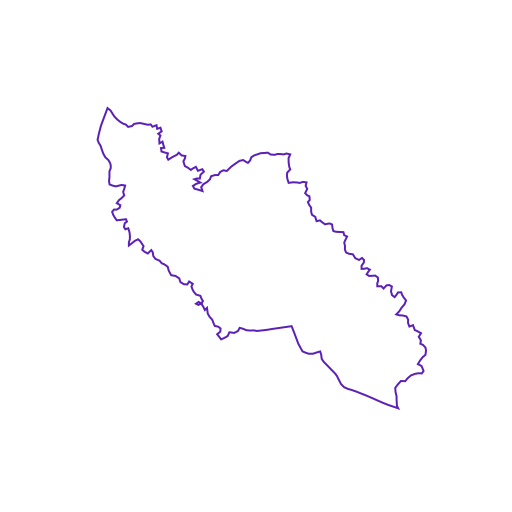 outline of Ponte Serrada, Santa Catarina, Brazil, rotated 235°
{"feature_id": "56859067B50820968764736", "entity_name": "Ponte Serrada", "entity_type": "district", "adm_level": 2, "iso_a3": "BRA", "parent_name": "Brazil", "parent_adm1": "Santa Catarina", "projection": "orthographic", "projection_center": [-51.91, -26.858], "detail": "fine", "context": "isolated", "style": "outline", "palette": "violet", "viewbox_px": 512, "rotation_deg": 235, "n_neighbors": 0, "source": "geoboundaries", "source_scale": "gbopen_adm2", "svg_char_len": 4403}
<svg xmlns="http://www.w3.org/2000/svg" viewBox="0 0 512 512"><g transform="rotate(235 256 256)"><path d="M374.7,163.5L371.9,162.7L368.7,162.4L365.1,162.4L363.1,166.1L360.7,170.6L358.2,170.0L358.1,167.3L355.6,164.5L352.8,164.3L352.0,167.3L348.0,166.0L344.7,164.2L342.0,162.2L340.1,159.7L337.5,157.9L337.6,161.3L337.9,165.4L337.3,169.0L334.2,169.7L331.3,169.6L328.5,169.5L326.4,166.4L323.4,167.1L320.1,168.8L320.9,173.6L318.1,173.5L315.0,171.9L311.4,171.9L307.5,174.3L304.2,174.6L301.6,176.2L297.9,177.5L294.0,176.1L288.9,175.5L285.9,178.6L281.7,180.3L278.0,179.1L274.3,180.7L272.1,183.4L273.5,186.6L269.5,188.2L268.0,185.6L265.0,184.8L262.5,184.5L258.8,184.8L255.3,187.6L252.5,186.9L249.5,186.7L248.5,183.9L244.4,183.7L241.1,183.1L241.6,186.1L239.3,184.9L236.4,183.4L232.8,183.1L229.0,183.6L225.8,182.8L222.4,182.1L219.8,184.5L217.0,185.4L214.5,183.4L214.2,179.3L211.0,179.5L207.7,179.6L207.0,183.3L206.7,186.9L208.8,190.5L205.5,194.0L204.9,198.2L206.5,201.4L203.9,203.6L200.8,205.5L198.4,208.3L196.3,211.6L194.1,213.7L191.4,218.6L189.0,223.1L187.0,227.3L178.1,244.9L170.6,243.1L159.7,240.3L151.2,239.4L148.6,241.0L145.8,243.0L143.3,246.5L142.1,250.6L141.0,253.8L138.0,252.9L134.0,250.8L130.2,250.8L126.8,251.4L123.1,252.0L120.3,252.4L117.5,252.9L114.3,253.4L111.3,253.5L108.9,253.1L102.4,252.2L98.0,252.9L94.2,255.2L91.7,257.3L87.4,260.4L77.8,266.7L63.0,275.7L58.7,278.5L49.7,285.1L52.4,285.5L54.5,286.8L57.3,288.5L60.5,290.7L64.6,292.3L68.1,294.4L69.2,297.7L70.5,303.0L67.9,306.4L68.9,310.1L69.3,314.3L68.3,318.5L66.8,321.8L64.7,324.5L65.7,327.3L68.2,327.9L71.0,328.5L74.6,326.6L76.3,330.5L77.6,334.7L77.8,338.1L81.1,341.1L83.8,342.3L87.4,341.8L89.9,340.3L92.3,342.7L96.5,343.0L98.1,346.9L101.6,345.2L104.3,343.6L106.9,344.3L109.3,344.9L110.2,341.2L113.9,342.1L116.6,344.1L120.2,344.6L123.3,341.9L125.1,339.5L127.7,337.4L128.5,341.6L130.1,345.5L131.3,350.1L133.5,353.4L137.1,353.2L140.2,353.4L143.0,354.1L144.7,351.4L143.6,348.7L142.8,346.0L145.9,345.0L149.6,346.3L153.1,349.8L155.8,348.5L157.1,346.1L156.2,341.8L159.3,341.4L161.6,338.0L164.0,339.6L165.6,341.8L168.5,343.5L171.6,342.4L173.3,339.5L174.8,337.2L177.5,336.1L178.6,338.6L179.5,341.4L182.3,340.0L183.5,337.3L184.9,335.1L187.5,336.9L188.8,340.6L190.8,342.2L193.6,341.7L193.6,338.2L197.2,336.1L201.9,336.3L204.4,333.5L207.2,331.8L210.2,332.5L213.1,334.6L216.4,336.0L218.1,338.8L219.7,341.8L222.5,340.2L225.4,341.3L227.7,338.3L229.9,335.5L232.0,333.7L234.8,334.6L238.2,336.4L240.5,334.9L242.4,330.7L246.2,329.4L248.5,328.8L249.8,325.6L254.1,327.0L257.6,325.5L260.5,326.5L264.0,328.9L267.3,328.9L270.4,329.4L271.1,332.2L274.3,334.0L276.4,332.7L279.3,332.3L281.6,336.5L285.0,336.9L287.3,339.6L289.7,337.1L290.8,333.7L292.6,331.9L295.1,328.7L297.2,324.7L301.1,325.9L303.9,327.3L306.4,329.4L307.3,333.7L309.7,334.3L313.4,336.1L317.4,338.7L319.6,342.3L322.5,339.7L323.3,337.0L325.5,334.5L327.3,332.0L328.2,329.3L330.7,326.2L333.9,324.9L335.3,322.4L337.5,318.9L338.5,315.4L339.4,312.4L339.6,308.9L337.6,305.9L336.9,302.8L339.3,301.6L341.9,300.6L343.4,297.1L343.5,292.3L343.4,286.9L342.4,280.8L344.9,278.5L345.4,274.9L344.0,271.5L345.9,268.7L347.1,265.0L345.2,262.2L344.7,258.5L345.0,253.9L343.8,250.6L339.9,249.4L343.7,246.5L346.4,244.2L349.6,244.5L349.4,248.4L348.1,252.5L351.0,251.2L354.2,249.6L353.4,252.1L351.6,254.4L354.4,257.2L355.0,261.7L357.9,261.8L359.1,257.3L363.5,257.9L363.9,254.8L363.9,252.0L367.3,250.9L370.5,249.3L375.2,250.8L376.6,253.6L378.4,255.5L381.0,252.8L384.9,252.0L384.3,249.3L385.0,244.2L385.2,239.4L388.0,239.7L390.6,242.7L393.5,240.3L395.8,238.5L398.9,240.1L397.2,242.9L400.0,243.8L403.3,245.0L403.6,241.5L407.4,243.8L409.5,246.8L412.2,246.1L412.2,250.2L415.9,251.3L416.9,248.0L420.2,249.5L421.3,245.3L424.2,245.2L425.6,242.6L428.7,239.8L431.3,237.4L432.9,234.6L434.1,231.8L433.6,228.9L435.1,225.3L438.3,224.8L440.4,223.2L443.5,221.8L447.1,220.7L451.5,220.0L454.9,220.1L458.6,220.3L462.3,219.2L451.8,203.9L446.2,197.3L443.9,194.9L442.1,192.9L439.0,192.1L435.4,191.9L431.5,190.7L427.4,189.6L423.2,189.2L419.3,190.1L415.7,189.8L413.4,188.9L411.3,187.4L409.5,184.6L407.0,182.8L404.9,181.4L401.7,178.6L398.6,177.1L395.7,179.1L393.4,181.1L392.4,183.8L391.2,186.8L388.8,189.2L386.6,186.6L384.7,183.9L381.2,182.8L380.5,179.0L380.4,176.0L379.1,172.3L375.4,174.0L373.7,172.0L373.9,168.5L375.5,166.3L374.7,163.5ZM248.5,183.9L251.3,182.7L251.3,179.5L249.0,180.7L248.5,183.9Z" fill="none" stroke="#5b21b6" stroke-width="2"/></g></svg>